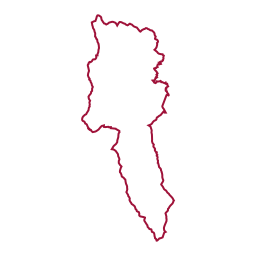 the district of Pangarati, Neamt, Romania
{"feature_id": "2599482B60779670494049", "entity_name": "Pangarati", "entity_type": "district", "adm_level": 2, "iso_a3": "ROU", "parent_name": "Romania", "parent_adm1": "Neamt", "projection": "albers", "projection_center": [26.201, 46.911], "detail": "fine", "context": "isolated", "style": "outline", "palette": "rose", "viewbox_px": 256, "rotation_deg": 0, "n_neighbors": 0, "source": "geoboundaries", "source_scale": "gbopen_adm2", "svg_char_len": 5742}
<svg xmlns="http://www.w3.org/2000/svg" viewBox="0 0 256 256"><path d="M173.9,200.6L172.6,198.2L171.6,197.0L169.3,194.6L168.9,193.8L167.4,192.6L166.1,190.6L164.7,189.7L164.0,189.0L162.9,186.8L161.2,184.5L161.3,184.1L162.6,182.1L163.1,181.1L163.3,180.2L162.7,178.8L162.3,177.2L162.3,175.0L162.0,173.1L161.6,172.1L161.6,171.6L161.0,170.4L160.9,169.2L160.6,168.7L159.0,166.9L158.9,165.9L158.2,163.2L157.8,162.9L158.0,162.6L157.9,162.1L158.0,160.5L157.6,159.9L157.3,158.7L157.4,158.3L157.6,157.6L157.4,156.6L156.7,155.8L157.3,154.9L156.9,154.5L156.4,153.1L156.6,152.7L156.8,152.6L156.8,152.3L156.7,152.1L156.2,152.1L155.8,151.9L154.9,150.4L154.8,149.9L155.1,149.1L155.0,148.8L154.3,147.7L153.8,147.3L153.4,146.5L153.4,145.8L153.8,144.6L152.5,143.0L152.0,141.1L152.1,139.8L152.0,136.4L151.9,134.4L151.5,132.5L151.7,130.4L151.5,129.7L150.5,126.6L148.6,125.4L150.1,124.8L151.4,124.1L152.1,123.4L152.6,122.4L153.6,121.3L154.2,120.8L155.9,120.0L156.4,119.4L156.6,118.2L156.9,117.5L157.9,116.9L159.1,115.9L160.6,115.1L163.4,111.7L164.6,112.6L165.7,112.6L163.6,108.7L163.1,108.2L162.5,107.1L162.3,106.2L166.5,95.1L167.0,94.8L168.5,95.4L168.7,95.1L168.4,94.2L167.2,92.6L167.0,92.2L166.9,91.3L166.1,91.1L165.8,90.8L165.6,90.0L165.8,89.3L166.4,88.8L166.3,88.5L165.8,88.4L165.9,88.0L166.6,87.3L168.1,86.4L167.4,85.1L167.4,84.5L167.2,83.8L166.9,83.6L166.3,83.9L165.9,83.8L165.6,82.6L165.0,83.0L164.6,83.2L162.8,82.4L162.4,82.1L161.3,82.2L161.0,81.9L160.9,81.2L160.4,80.9L159.8,81.3L157.6,81.6L156.9,81.3L156.7,81.7L156.2,82.4L156.2,82.6L155.4,83.1L154.1,82.5L153.8,81.8L152.7,80.5L153.4,80.4L154.6,80.6L155.2,79.2L155.3,78.2L155.7,77.9L156.1,78.0L157.0,77.3L156.3,76.7L156.9,76.0L157.2,75.3L156.5,74.7L157.6,73.3L156.9,72.6L156.8,72.0L156.3,71.4L154.8,69.8L154.2,68.9L154.1,68.5L155.0,68.1L156.2,68.0L156.4,67.8L156.5,67.3L157.6,67.0L157.4,66.5L157.3,65.6L157.6,65.1L157.7,64.5L158.8,64.3L159.2,63.9L159.1,63.6L159.5,63.8L160.0,63.5L160.1,63.8L160.4,63.5L160.5,63.6L160.4,64.0L160.9,63.9L160.8,63.7L160.6,63.6L160.5,62.9L160.4,62.8L160.7,62.2L160.1,62.2L159.9,62.0L160.6,61.6L160.9,61.8L161.4,61.6L162.2,61.2L162.4,60.9L162.5,60.9L162.9,60.4L162.7,60.1L163.1,59.7L163.5,58.4L163.3,57.5L163.8,55.6L162.8,55.0L162.6,54.3L161.1,54.2L158.9,53.7L157.8,52.9L157.2,52.0L155.5,50.6L154.5,49.8L155.7,48.6L156.5,47.3L157.1,45.1L157.2,44.0L157.0,43.0L157.5,42.6L158.0,41.7L157.7,40.5L156.8,39.6L156.2,39.5L155.0,38.8L155.0,38.5L155.7,36.5L155.0,35.7L154.6,34.6L154.5,33.3L153.7,32.1L151.8,30.4L151.1,30.4L150.2,30.2L149.1,29.4L147.9,29.0L147.0,28.3L145.9,28.1L144.6,29.0L143.8,29.1L141.8,30.2L140.5,31.6L139.8,31.3L136.9,27.6L134.2,26.6L133.1,25.8L131.9,24.6L130.5,24.1L129.9,23.7L129.5,23.8L128.3,24.9L127.5,25.3L125.9,24.6L124.9,23.7L123.4,23.3L122.6,22.8L121.0,22.1L119.7,22.0L119.4,22.2L118.5,23.3L117.2,25.5L116.7,24.5L115.5,22.8L113.2,21.9L112.1,21.8L109.1,22.6L107.7,23.8L106.2,24.5L105.4,23.8L104.0,23.4L103.3,22.2L102.9,21.9L102.5,21.0L101.8,20.2L101.3,18.5L101.2,17.4L100.6,16.6L98.7,15.4L97.5,15.4L96.8,16.5L96.3,18.5L95.4,21.0L94.0,21.3L92.6,22.0L91.8,22.4L91.8,22.7L92.1,23.9L92.3,25.4L92.7,26.3L93.0,28.0L94.2,29.9L94.6,31.8L95.2,33.2L95.1,36.6L95.7,37.1L96.4,39.0L97.1,39.4L97.5,41.9L98.5,43.7L98.5,44.4L98.7,44.7L99.0,48.0L98.5,49.9L98.3,52.2L97.4,54.4L97.5,55.4L96.1,55.5L96.3,57.7L95.7,58.7L95.0,59.3L93.2,59.4L92.9,59.6L92.4,60.2L91.9,61.2L90.5,62.2L89.8,61.9L89.5,62.0L89.1,62.4L89.0,62.8L88.8,63.0L88.5,63.3L88.5,64.1L87.9,64.7L87.8,65.6L88.5,68.4L89.0,70.9L88.2,73.3L87.9,75.4L88.7,77.5L89.6,78.7L89.2,79.6L90.4,80.6L90.6,81.8L91.6,83.6L91.9,85.3L92.8,86.9L92.6,87.2L92.6,87.5L92.1,88.6L92.1,90.9L91.2,91.7L91.0,93.1L90.7,93.7L89.2,95.5L88.5,96.7L88.8,98.5L89.1,99.1L89.1,99.3L90.1,100.7L89.4,102.3L89.6,103.6L89.8,104.4L89.5,105.6L89.7,106.5L88.9,107.7L88.5,110.2L86.6,113.3L86.2,114.2L84.8,114.9L84.2,115.5L83.3,116.3L82.5,117.5L82.1,119.1L82.3,120.3L82.8,120.9L84.3,121.6L84.8,122.3L85.2,123.5L85.9,123.8L86.8,124.5L87.7,126.7L88.3,127.7L88.1,128.3L88.6,128.9L89.4,128.8L89.7,129.2L89.3,129.5L89.8,129.9L90.3,129.7L91.0,130.0L91.5,131.1L92.7,132.1L95.2,131.6L96.3,131.1L98.6,129.5L100.4,127.3L101.6,126.1L102.2,125.8L103.1,125.7L103.9,125.4L103.9,126.9L105.1,127.1L108.4,126.8L109.0,127.3L109.8,127.1L110.9,127.1L110.8,128.2L115.7,128.7L115.9,129.0L119.3,130.9L119.3,131.8L119.5,132.1L118.6,133.5L118.4,135.1L118.3,137.1L117.3,140.5L117.2,142.2L116.0,144.0L114.0,145.7L113.4,146.4L111.8,149.2L113.6,149.5L115.6,150.8L117.8,153.9L118.0,154.5L118.2,156.2L119.1,158.1L119.4,159.3L119.2,160.0L118.8,160.9L118.8,163.0L120.0,164.9L121.5,166.5L120.8,167.9L120.1,170.1L119.9,171.2L120.0,172.3L120.7,173.0L121.4,174.7L121.8,176.5L123.7,177.8L124.5,178.9L125.3,179.5L125.6,181.8L126.0,183.7L126.6,185.0L127.1,186.4L127.1,188.0L127.3,189.2L126.9,191.0L126.5,191.7L126.4,192.2L128.1,195.0L128.3,196.2L129.3,197.3L129.8,198.8L129.5,199.7L129.5,200.0L130.2,201.6L131.2,202.9L131.3,203.4L131.8,204.1L132.7,204.6L134.5,206.1L135.0,207.0L135.6,209.1L136.4,209.7L136.7,210.8L136.9,211.2L137.6,211.6L138.7,212.0L138.9,212.2L139.3,213.6L139.2,215.2L139.5,215.8L140.3,216.4L143.7,217.1L145.0,217.6L145.0,217.8L144.3,219.8L144.3,220.3L144.4,220.8L147.0,224.9L147.4,225.3L147.6,226.8L147.8,227.1L148.9,228.2L149.3,228.9L149.7,229.1L150.9,229.2L151.4,229.5L151.9,231.8L153.5,232.5L153.9,232.9L154.3,234.0L154.6,236.3L155.0,237.5L155.1,238.3L156.0,238.9L156.6,240.6L157.3,240.5L159.4,238.4L160.6,238.2L162.6,237.4L164.1,232.9L164.7,232.3L165.6,231.9L164.6,230.9L164.2,230.2L163.9,228.1L164.1,227.1L164.6,225.6L166.5,221.0L166.5,219.8L166.6,219.1L166.3,218.1L166.4,216.6L165.9,214.6L165.5,213.3L165.8,212.8L167.9,210.6L168.0,208.9L168.9,208.0L169.4,206.9L170.3,205.7L172.5,203.5L173.2,202.1L173.4,201.1L173.9,200.6Z" fill="none" stroke="#9f1239" stroke-width="2"/></svg>